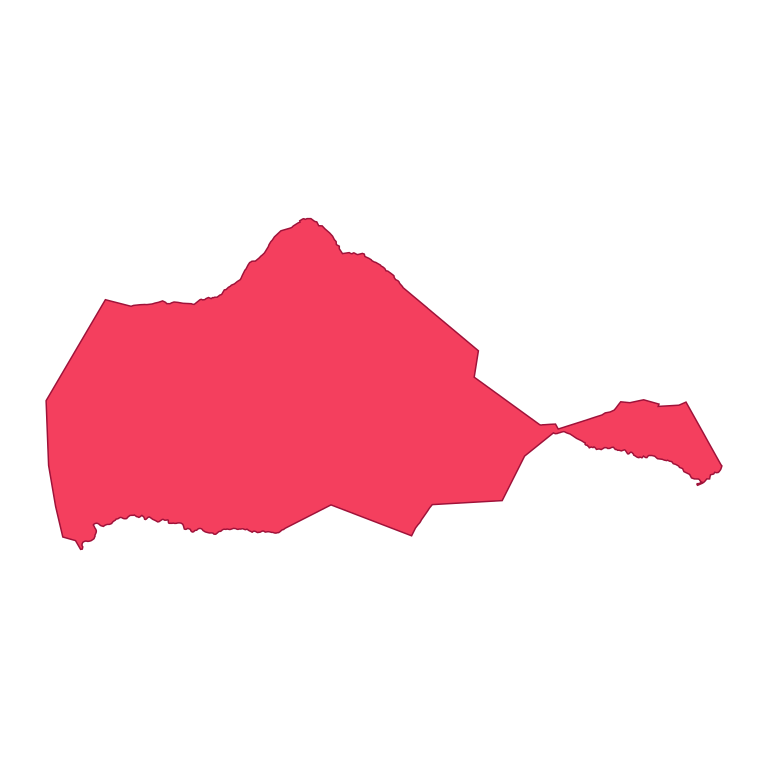 Concepción Pápalo, Oaxaca, Mexico
{"feature_id": "50627088B12532943049248", "entity_name": "Concepción Pápalo", "entity_type": "district", "adm_level": 2, "iso_a3": "MEX", "parent_name": "Mexico", "parent_adm1": "Oaxaca", "projection": "orthographic", "projection_center": [-96.835, 17.876], "detail": "fine", "context": "isolated", "style": "filled", "palette": "rose", "viewbox_px": 768, "rotation_deg": 0, "n_neighbors": 0, "source": "geoboundaries", "source_scale": "gbopen_adm2", "svg_char_len": 5976}
<svg xmlns="http://www.w3.org/2000/svg" viewBox="0 0 768 768"><path d="M80.6,549.4L82.3,549.1L82.8,546.9L82.0,545.5L82.1,544.2L82.3,543.4L82.8,542.4L83.8,541.7L85.2,541.1L86.3,541.1L87.6,541.4L88.9,541.3L90.9,540.8L92.5,539.8L94.0,538.7L94.5,537.4L95.0,536.4L95.0,535.1L95.8,533.4L96.3,531.9L96.3,530.6L95.8,529.3L94.8,527.8L94.1,526.2L93.3,525.0L93.9,524.2L95.1,523.5L96.6,523.2L97.9,523.5L99.2,524.3L100.2,525.3L101.2,525.8L102.4,526.1L103.4,526.4L105.2,525.1L107.2,524.4L109.3,524.4L110.8,523.9L111.8,523.4L112.0,522.9L112.6,522.1L113.8,521.1L115.4,520.1L116.1,519.1L117.4,518.9L118.7,518.4L119.4,517.7L120.7,517.4L121.9,517.7L122.7,518.2L124.0,518.7L126.0,518.7L126.7,518.5L128.3,516.7L129.3,516.0L129.8,515.5L131.6,515.3L133.6,515.3L134.3,515.0L136.6,516.6L137.6,516.8L138.9,517.4L139.9,516.9L141.9,515.4L143.7,516.9L144.4,518.2L144.6,519.2L145.4,519.5L146.4,519.0L148.2,517.2L149.5,517.0L152.7,519.3L155.5,520.6L157.7,521.9L159.0,521.7L162.3,519.4L163.3,519.4L164.6,520.2L165.8,520.2L167.7,519.9L168.3,520.3L168.3,521.8L168.6,523.0L169.3,523.3L172.3,523.3L173.1,523.1L174.6,523.4L176.1,523.4L177.1,523.1L178.4,522.9L179.7,522.9L181.2,523.2L182.7,524.2L183.4,525.7L184.3,529.0L185.1,529.3L186.1,529.3L187.9,528.4L190.4,529.4L190.9,530.9L192.2,532.0L192.9,532.0L193.7,531.7L194.2,531.2L194.5,530.7L195.0,530.5L196.7,530.2L198.0,529.0L199.0,528.5L200.5,528.5L201.5,528.8L202.3,529.5L203.0,530.5L203.7,530.9L204.7,531.6L205.6,532.0L206.7,532.3L208.2,532.7L209.1,532.9L209.9,533.0L210.7,532.9L211.9,532.9L213.1,533.2L213.7,534.0L215.0,534.3L216.0,534.1L216.5,533.5L217.2,533.1L217.9,532.4L218.5,531.9L219.1,531.5L220.7,531.3L221.5,530.7L222.3,529.9L223.3,529.4L224.1,529.2L225.3,529.3L226.0,529.4L226.5,529.2L227.0,529.0L227.8,529.2L228.5,529.3L229.6,529.5L230.5,529.4L231.7,529.0L232.6,528.7L233.2,528.4L234.8,528.5L235.7,528.6L236.9,529.2L238.0,529.4L239.2,529.0L240.1,529.1L241.2,529.0L242.0,528.8L243.0,528.8L243.9,529.2L245.3,529.7L247.0,529.2L249.2,530.7L251.0,531.5L251.9,532.1L252.5,532.1L252.7,531.7L252.9,531.5L253.8,531.2L254.8,531.2L256.0,531.7L256.9,532.3L257.9,532.6L258.6,532.3L259.4,532.3L260.1,532.2L260.9,531.8L262.0,531.2L263.1,531.0L263.9,531.2L264.7,531.8L265.4,532.1L266.5,531.9L267.8,531.7L268.9,531.7L270.6,532.1L271.7,532.4L273.0,532.4L274.2,532.9L275.3,533.1L276.5,533.0L277.4,532.7L278.7,532.6L280.1,531.6L281.6,530.3L282.5,529.7L283.7,529.5L284.4,528.8L285.5,528.1L331.0,504.9L411.6,535.8L415.5,528.0L418.0,524.7L419.7,522.8L420.5,521.6L421.4,519.9L427.4,511.3L429.6,507.9L432.3,504.6L469.0,502.5L502.2,500.6L524.6,456.1L553.4,432.9L554.2,433.3L555.4,433.7L557.3,433.5L558.7,432.9L559.8,432.7L561.4,432.1L563.5,431.6L564.4,431.7L566.5,432.8L568.8,433.6L570.1,434.0L576.6,438.4L580.6,440.3L581.6,440.8L584.4,442.6L584.8,442.5L585.2,442.9L585.1,444.4L586.1,445.2L587.2,445.2L587.7,446.0L588.4,446.3L589.3,447.8L591.3,447.0L593.0,447.6L593.9,446.9L594.8,447.4L594.9,447.6L595.7,448.3L596.4,449.4L599.1,448.9L601.2,449.6L604.6,447.6L606.5,447.7L607.8,448.5L609.7,448.4L612.0,447.3L613.5,447.3L615.3,449.5L616.2,449.4L617.7,450.3L619.0,450.2L621.3,450.9L624.5,449.8L625.3,450.3L627.6,453.8L628.7,453.9L630.6,452.2L631.7,452.3L633.3,453.9L633.7,455.1L634.2,455.3L637.3,457.3L638.9,457.7L639.2,457.2L640.1,457.1L642.0,457.8L643.5,456.1L645.5,457.5L646.9,457.6L648.2,455.9L648.8,455.5L651.9,455.5L654.7,456.2L657.5,458.7L662.3,459.3L664.2,460.1L666.7,460.6L667.6,460.2L669.6,461.2L671.7,461.6L673.3,463.7L675.7,464.4L678.6,466.0L679.5,467.4L681.1,468.0L682.6,468.6L683.9,471.6L689.6,474.4L691.5,477.9L694.3,478.9L698.4,479.0L699.4,479.6L700.7,481.6L701.8,482.1L700.9,482.7L699.3,483.4L698.5,483.6L697.5,483.7L697.2,483.7L697.1,484.0L697.0,484.6L697.4,485.1L697.6,485.3L702.4,483.2L703.8,482.3L704.6,481.5L705.3,480.8L705.9,480.0L706.8,478.9L709.6,478.9L709.9,477.3L710.0,476.8L710.5,474.8L713.7,474.0L714.7,472.3L716.4,472.7L718.1,472.5L719.2,471.6L719.8,470.7L720.0,470.5L720.6,469.6L720.9,469.0L721.6,466.9L721.9,465.9L721.0,464.8L714.4,453.0L711.5,447.8L708.3,442.1L704.4,435.0L686.0,402.1L680.5,404.5L678.9,405.2L673.7,405.5L667.1,405.9L658.2,406.4L659.0,404.1L643.7,399.8L641.1,400.3L629.9,402.7L620.7,401.8L618.8,404.2L616.1,407.8L614.2,410.1L610.3,411.9L610.0,412.0L605.2,412.9L601.9,415.0L595.9,416.9L580.9,421.8L558.2,429.0L555.5,424.1L550.6,424.3L544.9,424.7L542.4,424.8L541.0,425.1L539.7,424.7L474.2,377.2L478.4,350.8L467.3,341.5L427.5,308.2L427.4,308.0L416.5,298.9L413.5,296.4L402.9,287.5L402.6,286.7L399.6,283.3L399.1,282.0L397.9,280.7L395.6,279.6L394.2,277.5L394.0,275.9L393.2,275.1L391.6,273.9L387.8,271.1L386.0,270.8L384.8,268.5L382.7,266.8L381.2,266.1L380.5,265.1L375.6,262.3L374.7,262.2L371.8,260.6L371.3,259.8L368.9,258.3L364.9,256.5L364.3,254.1L362.4,253.4L357.7,254.6L356.8,254.4L354.3,253.0L353.4,252.9L352.1,253.7L350.9,253.6L349.2,252.6L342.5,253.6L339.3,248.8L339.3,246.2L336.4,244.6L336.1,241.5L334.4,239.7L332.6,236.2L329.7,233.0L324.9,228.8L322.2,225.9L318.7,225.7L316.8,221.9L314.7,221.4L310.9,218.6L307.1,218.6L305.1,219.4L303.9,218.7L302.7,219.0L299.7,220.8L300.1,222.1L298.1,222.9L293.2,226.0L292.0,227.3L290.5,228.0L280.9,230.8L274.4,236.9L272.3,240.1L270.8,241.7L269.0,244.7L268.3,246.7L264.4,253.0L262.2,255.1L261.1,255.9L259.0,258.1L257.4,259.4L255.5,261.0L253.9,261.2L253.4,261.1L251.7,261.3L250.4,262.3L249.7,262.5L248.1,264.9L246.0,269.0L244.9,270.2L242.3,275.4L241.0,278.4L240.2,279.7L237.3,281.5L234.4,283.9L231.3,285.2L230.4,286.2L228.4,287.3L226.2,289.5L224.3,289.9L221.6,294.5L219.8,295.1L217.1,297.2L214.7,297.2L213.5,297.7L212.6,297.6L211.1,298.6L208.5,297.5L206.0,298.6L204.8,299.6L202.7,299.9L201.2,299.3L200.0,299.7L194.2,304.4L192.5,304.2L191.3,303.7L183.1,303.3L178.0,302.4L174.0,302.0L171.4,302.9L170.0,303.7L166.6,303.6L165.7,302.4L162.6,300.9L158.5,302.3L154.9,303.1L152.4,303.9L151.9,304.0L146.9,304.6L144.5,304.5L140.4,304.7L133.6,305.4L132.7,305.7L131.1,306.3L105.4,299.7L46.1,400.7L48.6,465.4L55.6,506.4L62.8,537.0L75.5,540.6L80.6,549.4Z" fill="#f43f5e" stroke="#9f1239" stroke-width="1.5"/></svg>